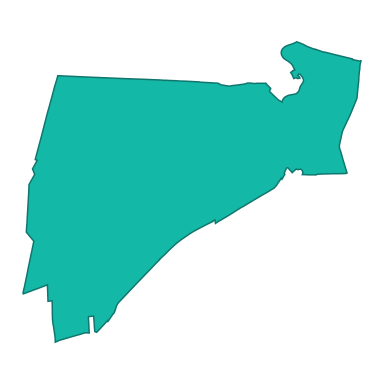 Baarn, Utrecht, Netherlands
{"feature_id": "6326949B71920055315965", "entity_name": "Baarn", "entity_type": "district", "adm_level": 2, "iso_a3": "NLD", "parent_name": "Netherlands", "parent_adm1": "Utrecht", "projection": "albers", "projection_center": [5.285, 52.199], "detail": "fine", "context": "isolated", "style": "filled", "palette": "teal", "viewbox_px": 384, "rotation_deg": 0, "n_neighbors": 0, "source": "geoboundaries", "source_scale": "gbopen_adm2", "svg_char_len": 5535}
<svg xmlns="http://www.w3.org/2000/svg" viewBox="0 0 384 384"><path d="M346.6,122.4L349.0,117.3L350.1,115.0L350.6,113.8L352.1,110.3L352.9,108.2L354.4,104.6L356.6,99.2L356.9,98.3L357.0,98.1L357.0,97.8L357.8,89.4L358.6,82.1L358.8,79.5L358.9,76.4L359.4,71.1L359.7,70.1L359.9,66.7L360.2,63.8L360.3,63.4L360.6,63.0L360.9,61.0L361.0,60.8L360.9,60.7L360.6,60.7L360.6,61.1L360.4,61.2L360.2,61.2L352.5,59.6L352.4,59.6L352.4,59.3L352.5,59.0L352.4,58.9L339.2,55.7L338.1,55.4L337.1,55.2L331.5,53.8L327.2,52.7L324.7,52.1L324.4,52.1L324.1,52.3L315.0,49.1L314.8,49.4L310.2,47.6L306.3,46.1L305.9,45.8L305.4,45.5L303.4,44.4L302.2,43.9L296.7,41.8L296.1,42.2L294.9,42.8L293.5,43.4L289.8,44.7L288.1,45.2L287.4,45.5L285.8,46.2L285.2,46.5L284.5,47.0L283.8,47.6L283.1,48.3L282.7,48.7L282.3,49.2L282.1,49.5L281.8,50.0L281.5,51.0L281.4,51.2L281.3,51.9L281.2,52.2L281.2,52.8L281.3,53.8L281.5,54.6L281.6,54.9L281.6,55.1L281.9,55.7L282.2,56.2L282.6,56.9L283.4,58.0L283.9,58.5L284.9,59.2L285.9,59.9L287.6,60.9L288.1,61.2L288.6,61.6L290.3,62.9L291.3,63.9L291.7,64.3L292.3,65.1L292.7,65.8L293.1,66.6L294.0,68.5L294.9,69.9L293.1,70.6L292.7,70.7L292.5,70.9L292.4,71.0L292.2,71.3L292.3,71.4L290.7,72.4L291.4,73.8L291.6,73.9L291.7,74.0L291.8,74.1L292.0,74.7L292.3,74.7L292.4,74.8L292.5,75.3L292.6,76.0L293.8,78.6L296.0,77.6L296.8,78.2L297.3,78.5L297.5,78.6L298.1,78.5L298.9,78.3L299.6,78.1L299.8,78.2L299.8,77.6L299.6,77.2L299.3,76.8L298.9,76.4L297.6,75.5L299.1,73.8L300.6,75.0L301.2,75.6L301.5,76.0L302.0,76.6L302.4,77.3L303.1,78.6L303.3,79.1L303.4,79.4L303.5,79.7L303.5,80.3L303.5,80.5L303.5,80.8L303.4,81.4L303.3,81.7L303.0,82.2L301.5,84.7L300.3,86.5L300.1,86.9L299.2,90.0L299.1,90.5L298.9,90.8L298.5,91.4L298.2,91.8L297.8,92.3L296.5,93.4L296.4,93.5L295.9,93.8L295.4,93.9L294.7,94.1L290.9,94.8L290.0,95.0L288.6,95.3L288.1,95.5L286.9,96.0L285.1,97.0L284.8,97.2L284.2,97.8L283.5,98.6L283.1,99.1L282.8,99.7L282.6,100.2L282.0,102.2L280.0,100.8L278.8,100.3L278.1,99.7L274.1,95.9L269.5,91.4L270.0,90.0L270.7,88.6L270.7,88.4L267.1,84.8L266.3,83.8L265.9,83.2L264.0,83.3L262.2,83.3L258.3,83.3L256.9,83.3L255.0,83.5L254.3,83.5L252.8,83.4L251.2,83.1L250.0,83.1L247.9,83.1L247.3,83.1L247.1,83.2L245.1,83.9L244.7,84.0L241.2,84.5L239.1,84.8L232.4,85.6L232.0,85.6L229.8,86.1L229.0,86.1L226.4,85.7L222.2,85.0L221.4,84.9L220.8,84.7L219.9,84.2L219.2,83.8L218.7,83.4L217.0,83.1L213.1,82.9L208.3,82.6L200.6,82.2L199.2,81.9L184.0,81.1L179.5,81.0L175.6,80.7L169.9,80.5L164.8,80.2L164.3,80.3L163.4,80.6L163.2,80.2L162.5,80.1L144.2,79.3L124.0,78.6L90.7,77.2L66.3,76.1L57.8,75.7L57.3,77.6L56.2,81.4L54.3,87.7L51.9,96.8L49.0,107.4L48.5,109.0L48.2,110.3L47.9,111.2L47.3,113.6L46.9,114.9L46.1,118.1L44.6,123.8L41.9,134.5L35.9,156.9L35.2,159.6L37.2,160.2L37.1,160.3L36.9,160.9L32.5,168.9L34.7,174.4L29.0,184.5L29.0,186.2L28.9,187.5L28.8,190.9L27.4,215.2L27.3,216.3L27.0,223.0L26.7,226.0L26.3,232.1L29.8,236.4L32.2,239.2L33.8,241.2L31.8,251.1L30.6,256.6L29.2,263.5L28.9,264.7L27.2,273.4L26.4,277.3L25.3,282.5L24.9,284.5L24.4,287.0L23.8,289.3L23.0,293.2L23.3,293.9L25.3,293.1L28.0,292.2L28.8,291.8L30.1,291.4L33.4,290.1L40.5,287.5L47.4,284.8L47.7,292.7L48.0,301.3L52.1,300.8L52.2,304.3L52.3,307.9L52.3,308.1L52.3,311.8L52.4,316.4L52.5,319.2L52.6,320.7L53.0,323.8L53.6,327.1L55.0,336.5L55.2,338.0L55.2,338.5L55.2,340.4L55.3,341.7L55.3,342.2L59.2,340.4L71.4,336.8L80.3,334.3L84.1,333.1L84.8,333.0L85.6,332.8L85.8,332.8L89.2,333.0L89.1,331.4L89.1,330.6L88.8,324.9L88.7,322.5L88.4,318.0L88.4,316.8L88.8,316.6L93.6,316.1L94.0,320.7L94.3,325.5L94.3,326.2L94.8,331.6L96.7,332.3L98.5,330.4L103.7,324.8L105.9,322.4L107.7,320.5L108.0,321.3L108.8,320.2L110.8,317.3L110.9,317.1L112.8,314.3L113.7,313.5L113.7,313.4L114.3,312.4L114.6,311.8L114.7,311.3L115.0,310.8L115.0,310.6L115.2,310.2L116.2,306.9L116.4,306.3L116.9,305.2L117.3,304.4L117.7,303.8L118.3,302.9L118.9,302.2L124.5,296.3L126.6,294.1L128.3,292.3L129.4,291.2L129.5,291.0L134.3,286.0L134.6,285.6L146.3,273.4L146.9,272.8L147.1,272.6L150.0,269.6L155.4,263.9L156.2,263.1L159.7,259.6L159.3,259.3L159.7,258.9L159.9,258.8L160.2,258.8L164.6,254.7L166.9,252.4L171.5,247.9L174.6,245.0L175.4,244.3L177.0,242.9L178.1,242.1L179.7,240.8L181.9,239.2L186.8,235.8L190.2,233.5L192.8,231.9L193.4,231.5L197.3,229.4L202.0,226.9L204.0,225.9L205.2,225.2L212.8,221.5L212.7,221.1L215.0,219.9L215.1,220.2L215.1,220.4L215.2,222.1L215.5,223.4L217.2,222.2L218.5,221.4L221.8,219.5L228.2,215.7L240.4,208.0L241.5,207.3L242.5,206.9L243.2,206.5L252.4,200.9L261.7,195.4L268.2,191.7L273.9,188.2L274.2,188.0L276.2,185.7L276.9,184.9L277.5,183.8L281.3,178.3L281.5,178.8L281.7,179.1L281.9,179.3L282.5,178.3L284.8,174.4L284.6,174.1L284.5,173.4L284.4,173.1L284.5,172.8L284.5,172.7L286.3,168.5L286.4,168.2L286.5,168.1L287.3,167.8L287.5,167.7L287.9,167.8L292.2,172.7L294.2,170.8L296.2,169.0L297.1,169.4L297.4,169.5L298.5,169.6L299.6,169.3L300.5,169.2L300.7,169.3L301.0,169.4L301.5,169.7L301.8,170.0L302.1,170.5L302.5,171.2L302.7,171.9L302.8,172.1L302.8,172.5L302.7,173.2L302.5,174.0L302.3,174.6L308.6,174.8L309.4,174.9L310.3,174.9L311.4,174.8L312.2,174.8L315.3,174.9L315.8,174.8L316.0,174.9L316.6,174.6L317.7,174.2L320.4,174.1L325.4,173.9L328.3,173.9L329.7,173.8L332.8,173.7L334.3,173.7L337.2,173.7L343.8,173.6L345.4,173.5L345.8,173.5L346.6,173.1L346.9,173.1L347.1,172.9L346.8,172.4L346.7,172.0L345.1,166.6L342.9,159.3L341.8,155.3L340.8,151.9L339.8,148.9L339.6,148.4L339.5,147.6L339.4,146.8L339.4,146.4L339.4,145.6L339.4,145.2L339.5,144.6L339.9,142.8L340.3,140.9L341.0,138.1L341.8,134.1L342.4,131.7L342.6,131.1L343.0,130.1L346.6,122.4Z" fill="#14b8a6" stroke="#0f766e" stroke-width="1.5"/></svg>